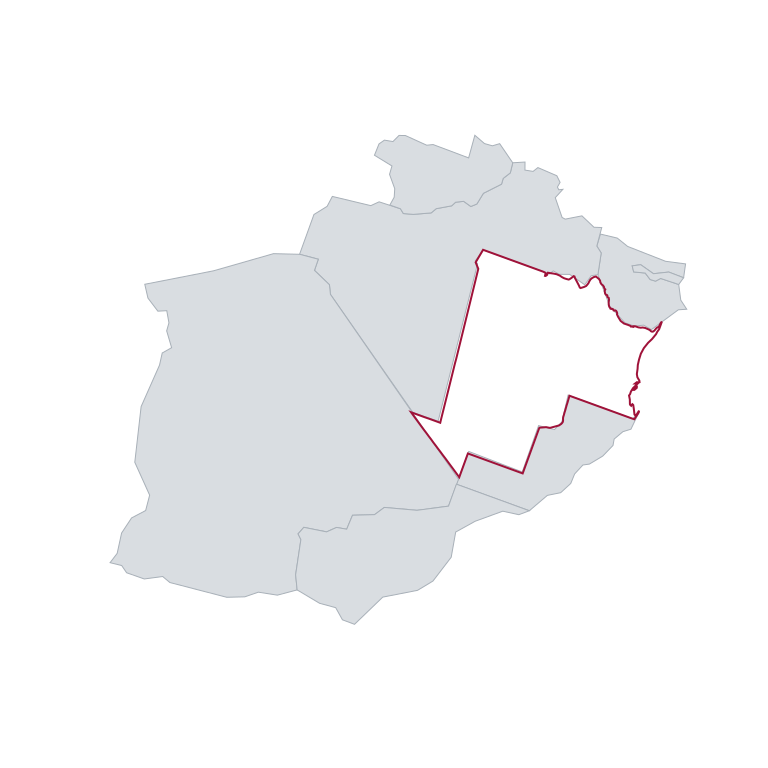 Mauritania highlighted, Mercator projection, rotated 200°
{"feature_id": "MRT", "entity_name": "Mauritania", "entity_type": "country or territory", "adm_level": 0, "iso_a3": "MRT", "parent_name": "Africa", "parent_adm1": "", "projection": "mercator", "projection_center": [-11.622, 21.016], "detail": "fine", "context": "with_neighbors", "style": "outline", "palette": "rose", "viewbox_px": 768, "rotation_deg": 200, "n_neighbors": 7, "source": "natural_earth", "source_scale": "50m", "svg_char_len": 7177}
<svg xmlns="http://www.w3.org/2000/svg" viewBox="0 0 768 768"><g transform="rotate(200 384 384)"><path d="M281.7,314.6L281.3,349.6L224.0,348.6L224.5,397.8L208.2,399.5L203.9,409.3L207.2,436.5L138.8,436.4L134.9,442.6L136.5,426.0L143.2,420.9L148.9,411.0L147.8,404.6L153.8,391.1L163.6,379.0L169.4,375.9L174.1,364.7L174.5,354.4L180.8,342.3L192.4,335.2L204.1,314.6L281.7,314.6Z" fill="#d9dde1" stroke="#a8b0b8" stroke-width="1"/><path d="M141.1,578.3L133.8,564.3L125.1,557.8L132.8,554.4L151.4,526.5L160.1,528.1L168.6,524.1L178.4,523.9L198.3,534.1L220.4,559.9L224.7,581.4L231.2,586.4L231.9,598.9L214.7,600.9L202.1,596.6L161.4,595.6L141.7,600.0L138.8,586.3L154.7,586.6L168.5,579.8L183.6,583.9L191.2,579.9L187.7,574.7L176.5,577.6L169.6,573.2L164.0,573.5L160.1,577.8L141.1,578.3Z" fill="#d9dde1" stroke="#a8b0b8" stroke-width="1"/><path d="M232.9,605.5L231.2,586.4L224.7,581.4L220.4,559.9L226.3,556.6L229.3,545.9L247.0,550.5L256.9,547.0L263.6,548.2L266.2,544.1L336.4,543.9L340.3,531.1L337.2,528.9L320.4,367.5L347.1,367.1L465.0,449.9L469.2,458.6L488.2,467.0L488.4,478.8L507.7,477.0L507.8,519.3L498.2,531.5L496.7,542.6L457.4,547.1L450.9,553.5L428.5,554.3L424.1,550.8L414.5,553.4L398.2,560.9L394.9,566.6L381.3,574.6L378.9,579.3L371.6,582.9L363.1,580.5L358.3,584.9L355.8,597.2L341.9,612.0L342.3,618.0L337.5,625.6L338.7,635.9L327.4,640.8L324.7,633.2L316.6,634.8L313.4,640.0L292.8,638.8L287.5,633.7L288.4,628.4L286.2,626.3L282.5,628.1L286.8,617.7L273.6,601.4L270.1,600.9L255.5,609.7L240.3,603.1L232.9,605.5Z" fill="#d9dde1" stroke="#a8b0b8" stroke-width="1"/><path d="M338.7,635.9L337.5,625.6L342.3,618.0L341.9,612.0L355.8,597.2L358.3,584.9L363.1,580.5L371.6,582.9L378.9,579.3L381.3,574.6L394.9,566.6L398.2,560.9L414.5,553.4L424.1,550.8L428.5,554.3L439.7,554.2L438.3,563.0L440.7,571.2L450.5,582.9L451.1,591.6L471.2,595.7L470.8,607.9L467.0,613.3L458.5,614.9L454.9,622.7L448.9,624.8L425.5,623.0L419.8,625.8L381.8,625.4L383.7,648.8L371.8,644.3L363.6,644.9L357.5,649.4L338.7,635.9Z" fill="#d9dde1" stroke="#a8b0b8" stroke-width="1"/><path d="M141.1,578.3L160.1,577.8L164.0,573.5L169.6,573.2L176.5,577.6L187.7,574.7L191.2,579.9L183.6,583.9L168.5,579.8L154.7,586.6L138.8,586.3L141.1,578.3Z" fill="#d9dde1" stroke="#a8b0b8" stroke-width="1"/><path d="M281.4,320.0L281.6,291.3L309.8,276.6L341.5,268.1L348.2,258.0L368.7,249.9L369.4,234.8L379.5,233.0L387.4,225.4L410.3,221.9L413.5,213.8L408.9,209.4L401.8,174.5L395.2,160.8L412.0,149.1L430.9,145.4L442.0,136.4L458.8,129.8L517.3,124.2L526.1,127.4L542.6,118.8L561.3,118.6L568.4,123.7L580.3,122.4L576.8,133.6L579.6,154.2L575.4,171.8L564.7,183.6L566.2,199.4L591.4,225.2L604.5,279.7L601.4,325.0L603.0,337.3L596.0,345.5L606.4,359.6L607.0,367.9L613.2,378.6L621.4,375.1L635.2,384.0L642.9,395.9L583.0,432.0L532.4,468.7L507.7,477.0L488.4,478.8L488.2,467.0L469.2,458.6L465.0,449.9L281.4,320.0Z" fill="#d9dde1" stroke="#a8b0b8" stroke-width="1"/><path d="M212.6,307.3L228.9,305.1L251.4,286.2L266.0,269.4L261.6,244.2L270.6,215.6L281.9,201.6L312.3,183.3L329.5,148.1L342.4,148.2L352.9,157.3L369.5,155.9L395.2,160.8L401.8,174.5L408.9,209.4L413.5,213.8L410.3,221.9L387.4,225.4L379.5,233.0L369.4,234.8L368.7,249.9L348.2,258.0L341.5,268.1L309.8,276.6L281.6,291.3L281.7,314.6L204.1,314.6L212.6,307.3Z" fill="#d9dde1" stroke="#a8b0b8" stroke-width="1"/><path d="M218.5,556.4L218.1,556.3L216.3,555.0L215.4,553.4L213.9,552.2L211.9,551.5L210.6,550.6L210.0,549.6L209.2,548.9L208.4,548.6L208.4,548.2L208.5,547.7L208.4,546.8L207.2,544.7L206.1,543.8L205.1,543.9L204.6,543.7L204.2,543.2L204.1,542.6L203.5,542.0L202.3,541.8L201.4,540.2L200.8,537.5L199.9,535.3L198.8,533.7L198.0,533.1L197.4,533.0L197.3,532.8L197.1,532.3L196.2,532.2L195.1,532.7L194.0,532.5L193.5,531.7L192.7,531.7L191.8,532.3L190.8,532.1L189.7,531.1L189.0,530.1L188.9,529.1L187.0,527.2L183.2,524.2L179.2,522.9L174.7,523.0L172.2,522.9L171.7,522.4L171.2,522.5L170.6,523.0L170.0,523.1L169.4,522.8L169.0,523.1L168.9,523.8L167.3,524.2L164.4,524.2L162.0,524.7L160.2,525.6L157.6,526.0L154.2,525.8L152.2,525.5L151.5,525.0L150.6,524.8L149.3,525.1L148.2,526.6L147.3,529.2L146.5,530.7L145.8,531.1L145.1,533.0L144.8,536.3L144.2,537.7L144.2,529.6L145.1,526.5L145.4,523.9L147.5,517.9L149.9,513.1L152.1,506.6L153.0,500.3L152.7,494.1L152.0,488.7L150.9,485.0L149.8,479.8L148.2,477.0L145.2,474.5L144.5,473.1L145.2,472.6L147.0,472.2L148.2,470.3L145.8,471.1L148.6,465.2L149.4,461.3L149.3,458.7L149.8,457.0L147.7,453.5L146.0,449.1L145.2,448.4L144.3,448.1L144.2,449.1L143.7,450.0L142.6,449.5L140.8,446.2L138.2,441.0L137.3,440.5L136.6,441.2L136.1,441.9L135.2,446.2L134.9,444.5L135.3,442.5L135.9,440.0L136.7,436.5L138.9,436.4L142.9,436.4L146.9,436.4L150.9,436.4L154.9,436.4L158.9,436.4L163.0,436.4L167.0,436.4L171.0,436.4L175.0,436.4L179.0,436.4L183.0,436.4L187.0,436.4L191.0,436.4L195.0,436.4L199.0,436.4L203.0,436.4L205.7,436.4L205.5,433.9L205.4,431.9L205.2,429.2L205.1,426.6L204.9,423.9L204.7,421.4L204.6,418.9L204.4,416.6L204.3,414.5L204.1,413.2L203.2,410.8L203.0,409.6L203.3,408.3L203.8,407.1L205.4,404.9L207.8,403.2L210.5,401.3L212.6,399.8L213.7,399.4L216.9,398.9L219.5,397.7L222.0,396.6L223.0,396.0L223.1,394.0L223.1,391.6L223.1,389.0L223.1,386.4L223.1,383.8L223.1,381.2L223.1,378.6L223.1,376.0L223.1,373.4L223.1,370.8L223.1,368.1L223.1,365.5L223.1,362.9L223.1,360.3L223.1,357.6L223.1,355.0L223.1,352.3L223.1,349.7L223.1,347.4L225.8,347.4L229.0,347.4L232.3,347.4L235.5,347.4L238.8,347.4L242.0,347.4L245.3,347.4L248.6,347.4L251.8,347.4L255.1,347.4L258.3,347.4L261.6,347.4L264.8,347.4L268.1,347.4L271.4,347.4L274.6,347.4L277.9,347.4L281.4,347.4L281.4,345.2L281.4,342.0L281.4,337.6L281.4,333.2L281.4,329.3L281.4,325.4L281.4,322.1L284.7,324.3L288.0,326.5L291.3,328.7L294.5,330.8L297.8,333.0L301.1,335.2L304.4,337.3L307.7,339.5L311.0,341.6L314.3,343.8L317.6,345.9L320.8,348.1L324.1,350.2L327.4,352.4L330.7,354.5L334.0,356.7L336.7,358.5L341.0,361.4L344.9,364.0L348.9,366.7L342.8,366.7L334.6,366.7L329.0,366.8L323.3,366.8L317.9,366.8L318.4,371.1L318.9,375.9L319.4,380.7L319.9,385.5L320.4,390.2L320.9,395.0L321.4,399.7L321.9,404.4L322.4,409.1L322.9,413.9L323.4,418.6L323.9,423.2L324.4,427.9L324.8,432.6L325.3,437.3L325.8,441.9L326.3,446.6L326.8,451.2L327.3,455.9L327.8,460.5L328.3,465.1L328.8,469.7L329.3,474.3L329.8,478.9L330.3,483.5L330.8,488.1L331.3,492.7L331.8,497.3L332.3,501.8L332.8,506.4L333.3,511.0L333.8,515.5L334.3,520.1L334.8,524.5L336.9,526.8L339.5,529.7L338.7,533.8L337.8,538.6L336.8,544.0L333.1,544.0L329.6,544.0L326.0,544.0L322.4,544.0L318.9,544.0L315.3,544.0L311.7,544.0L308.2,544.0L304.6,544.0L301.0,544.0L297.5,544.0L293.9,544.0L290.3,544.0L286.8,544.0L283.2,544.0L279.7,544.0L276.1,544.0L272.8,544.0L270.7,543.8L270.0,543.4L269.7,540.7L269.1,540.8L268.4,541.7L268.0,542.5L268.2,543.7L268.1,544.6L265.8,545.0L262.7,545.7L259.4,546.2L256.1,546.0L255.0,545.8L253.8,545.4L251.2,545.0L249.8,545.0L248.1,545.1L246.2,545.3L245.6,545.8L244.1,547.8L242.7,550.2L241.8,550.2L240.8,548.9L238.0,546.4L234.5,543.2L233.0,541.6L232.1,541.4L230.5,542.6L229.1,543.7L227.6,545.2L227.0,546.7L226.4,548.5L226.2,550.6L225.7,553.0L224.5,555.0L223.1,556.5L222.0,557.2L221.6,557.5L218.5,556.4ZM147.0,466.7L145.9,468.5L145.4,467.9L145.2,466.7L146.2,465.0L146.7,464.1L147.5,463.8L147.0,466.7Z" fill="none" stroke="#9f1239" stroke-width="2"/></g></svg>